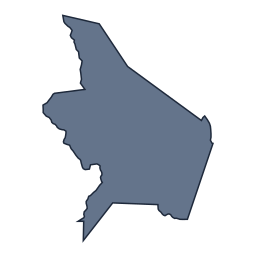 outline of Jempol, Negeri Sembilan, Malaysia
{"feature_id": "92858781B63970994898514", "entity_name": "Jempol", "entity_type": "district", "adm_level": 2, "iso_a3": "MYS", "parent_name": "Malaysia", "parent_adm1": "Negeri Sembilan", "projection": "robinson", "projection_center": [102.399, 2.869], "detail": "fine", "context": "isolated", "style": "filled", "palette": "slate", "viewbox_px": 256, "rotation_deg": 0, "n_neighbors": 0, "source": "geoboundaries", "source_scale": "gbopen_adm2", "svg_char_len": 1610}
<svg xmlns="http://www.w3.org/2000/svg" viewBox="0 0 256 256"><path d="M62.8,15.4L63.9,21.7L65.0,23.4L68.0,26.3L69.9,27.5L72.1,30.4L71.2,33.1L70.3,35.3L71.4,37.7L74.4,40.1L74.0,42.0L75.0,44.2L76.3,49.5L78.5,51.7L79.3,58.0L82.1,60.9L81.5,64.8L80.2,69.4L80.8,73.2L81.5,79.3L80.4,83.1L84.9,89.4L54.5,93.3L53.0,94.3L51.3,97.2L49.0,100.1L47.1,102.7L43.0,105.1L43.2,109.2L43.2,112.6L46.2,116.1L49.2,117.5L51.1,119.9L51.8,122.3L53.2,123.6L55.1,124.3L56.5,125.8L57.3,127.4L59.3,128.9L62.1,129.7L63.8,129.8L65.9,131.1L66.0,132.9L65.6,135.7L65.2,137.7L64.1,139.4L63.4,141.9L64.0,143.3L65.8,143.9L66.0,144.1L69.6,145.2L71.1,148.7L73.1,151.0L76.1,155.5L78.3,158.2L80.0,159.4L80.7,160.5L81.2,162.9L81.8,165.0L82.4,167.1L83.3,168.7L85.2,169.6L89.4,169.1L90.5,164.8L96.9,163.9L98.6,164.7L100.1,166.0L99.9,167.9L100.5,170.1L101.4,171.5L101.9,173.0L101.9,174.9L101.0,176.1L100.5,177.3L100.8,179.0L101.6,181.4L102.3,182.4L100.8,184.1L99.7,185.2L97.7,188.1L96.0,190.5L93.6,192.4L91.9,194.1L90.4,195.6L88.7,196.3L87.9,198.9L86.2,201.4L86.2,203.3L87.0,206.2L87.2,208.4L85.7,210.3L84.2,211.8L83.8,214.4L84.4,216.4L83.8,217.8L82.5,218.5L78.1,221.3L83.7,221.3L83.3,240.6L112.7,202.9L157.9,204.6L158.2,209.1L159.0,210.5L161.1,212.3L162.3,214.0L163.5,215.1L165.0,215.7L167.5,214.2L169.0,213.9L170.6,214.6L171.7,216.3L172.8,217.4L174.6,218.4L176.3,218.2L178.4,218.8L179.9,219.3L183.1,219.4L187.4,219.3L213.0,143.4L212.0,143.2L210.4,140.2L211.0,137.2L211.0,133.8L210.7,129.2L210.4,126.2L209.4,123.2L207.4,119.8L204.7,116.0L203.0,117.5L201.4,120.5L127.6,66.5L99.2,23.8L62.8,15.4Z" fill="#64748b" stroke="#1e293b" stroke-width="1.5"/></svg>